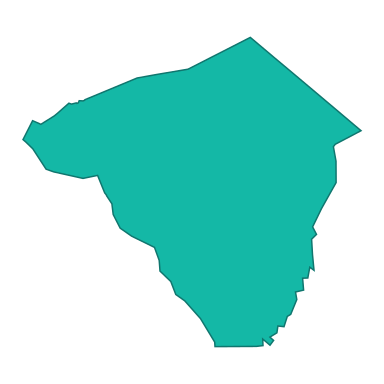 the district of Lancaster, Pennsylvania, United States of America
{"feature_id": "52423323B87468686530691", "entity_name": "Lancaster", "entity_type": "district", "adm_level": 2, "iso_a3": "USA", "parent_name": "United States of America", "parent_adm1": "Pennsylvania", "projection": "mercator", "projection_center": [-76.288, 40.019], "detail": "fine", "context": "isolated", "style": "filled", "palette": "teal", "viewbox_px": 384, "rotation_deg": 0, "n_neighbors": 0, "source": "geoboundaries", "source_scale": "gbopen_adm2", "svg_char_len": 991}
<svg xmlns="http://www.w3.org/2000/svg" viewBox="0 0 384 384"><path d="M84.9,99.7L84.6,100.3L83.0,100.9L79.2,100.7L78.4,102.7L76.9,103.4L76.3,102.9L71.5,104.1L68.9,103.2L57.1,113.6L54.3,115.9L40.9,124.3L32.6,120.7L23.0,139.6L25.6,141.8L32.8,148.8L46.1,169.2L53.8,171.9L83.0,178.4L97.6,175.4L104.7,192.9L106.5,195.1L106.5,195.6L111.9,203.8L113.2,214.5L120.2,228.2L131.7,236.2L154.5,247.4L159.2,260.4L160.0,271.1L170.8,281.5L175.8,294.5L184.7,300.8L200.5,318.6L214.7,342.1L215.0,346.6L217.5,346.6L256.4,346.4L263.0,345.6L262.7,339.0L270.0,345.2L273.6,340.4L269.9,337.1L276.9,332.8L277.9,326.0L284.0,326.7L287.3,316.4L290.7,314.4L296.8,299.5L295.5,292.0L303.6,290.1L302.6,278.2L307.8,278.0L309.8,267.2L314.0,270.3L312.5,254.6L311.6,239.2L316.5,234.4L312.6,226.9L321.5,208.6L329.9,193.6L336.1,182.6L336.0,161.2L333.4,146.7L335.2,144.3L361.0,130.7L333.7,107.6L293.0,73.3L274.0,57.4L250.3,37.4L188.0,69.2L156.6,74.5L137.1,78.0L84.9,99.7Z" fill="#14b8a6" stroke="#0f766e" stroke-width="1.5"/></svg>